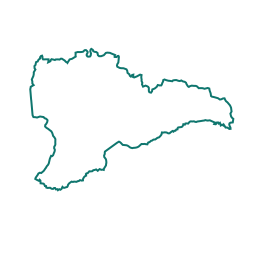 outline of Caldas Novas, Goiás, Brazil, rotated 279°
{"feature_id": "56859067B92379395223730", "entity_name": "Caldas Novas", "entity_type": "district", "adm_level": 2, "iso_a3": "BRA", "parent_name": "Brazil", "parent_adm1": "Goiás", "projection": "robinson", "projection_center": [-48.654, -17.771], "detail": "fine", "context": "isolated", "style": "outline", "palette": "teal", "viewbox_px": 256, "rotation_deg": 279, "n_neighbors": 0, "source": "geoboundaries", "source_scale": "gbopen_adm2", "svg_char_len": 4981}
<svg xmlns="http://www.w3.org/2000/svg" viewBox="0 0 256 256"><g transform="rotate(279 128 128)"><path d="M185.4,59.1L183.9,58.4L182.8,58.0L183.4,57.3L183.6,56.3L184.7,55.0L185.5,53.2L186.1,51.8L185.9,50.7L184.9,49.8L184.8,48.1L184.4,45.9L183.7,45.2L183.9,43.6L184.0,41.7L182.9,41.0L181.8,40.9L181.0,39.8L180.4,38.9L181.5,39.0L183.4,38.7L183.0,36.1L182.7,34.8L182.5,33.4L183.5,32.6L184.9,32.4L186.0,31.8L185.5,30.8L184.1,30.1L182.8,30.3L182.1,29.5L181.1,28.8L179.6,28.4L178.7,26.9L177.3,26.8L175.9,26.8L174.5,25.9L172.3,26.4L171.3,27.4L168.3,26.2L166.6,26.5L164.5,26.4L160.9,25.4L159.1,26.2L156.9,26.6L155.6,28.1L153.5,25.5L152.5,25.5L151.0,25.4L141.2,27.8L139.9,28.2L127.1,31.4L125.6,31.8L124.0,32.9L124.2,35.2L124.1,36.5L125.6,39.3L125.6,41.2L125.6,42.9L124.6,44.1L124.5,45.2L123.8,46.5L123.1,47.3L121.4,47.3L120.1,46.9L119.1,46.5L118.0,45.8L116.5,45.9L115.8,46.8L115.1,48.1L114.6,49.4L114.1,50.2L113.6,51.1L112.7,52.8L111.3,53.9L109.8,54.7L108.6,55.2L107.2,56.8L105.7,58.0L102.0,58.5L100.7,58.8L99.4,58.7L98.1,58.1L96.5,58.2L95.2,59.1L93.9,59.2L92.6,59.0L91.6,58.7L89.4,58.3L88.4,57.5L88.5,56.4L86.5,55.9L85.2,55.6L80.7,55.3L79.1,54.8L78.1,54.1L76.9,53.5L75.9,53.2L75.1,52.7L73.5,52.0L72.2,51.3L71.1,50.3L70.0,49.4L70.0,47.8L69.0,46.6L67.5,46.1L64.5,44.6L63.2,44.4L62.5,46.2L61.9,48.2L63.1,48.8L62.4,49.7L59.7,50.3L59.8,52.1L59.8,53.3L59.2,54.1L57.7,55.0L57.8,56.2L56.4,56.6L56.2,57.8L56.5,59.2L56.8,60.4L56.4,61.2L56.0,62.4L56.2,63.6L57.2,64.4L57.3,65.4L56.1,66.3L56.5,67.7L55.6,68.5L56.8,69.6L56.4,70.8L57.3,71.8L59.6,72.5L58.9,73.5L59.0,74.6L59.6,75.7L60.3,77.2L61.4,77.6L62.3,77.6L63.2,78.0L64.2,78.6L65.2,79.6L66.2,80.6L66.1,82.1L66.6,83.0L66.8,85.7L67.5,86.4L67.9,87.7L69.0,88.7L68.8,90.5L69.2,91.7L70.2,91.5L71.1,91.7L72.5,92.2L73.7,93.1L74.4,94.1L75.9,93.6L76.7,94.1L77.0,95.2L78.0,95.8L79.2,96.6L79.3,98.0L79.8,99.6L80.9,100.3L81.3,101.6L82.1,103.0L81.0,104.8L82.2,105.7L83.0,106.5L82.5,108.1L82.9,109.2L82.8,110.6L84.0,110.6L85.4,111.1L86.4,111.6L87.8,112.1L89.0,112.0L90.1,112.1L91.6,111.8L92.6,111.5L93.6,111.1L94.3,110.5L95.6,109.1L97.1,108.7L98.7,109.1L100.1,108.9L101.1,108.9L102.3,110.1L111.8,119.6L113.1,121.2L112.8,122.2L112.3,123.1L110.5,125.4L110.7,129.3L110.5,130.4L110.0,131.5L109.2,132.9L108.9,134.1L108.8,135.4L109.3,136.7L109.6,138.1L110.0,139.2L110.4,140.1L111.3,141.4L114.3,143.8L114.5,145.4L114.9,147.0L114.8,148.2L114.9,149.7L116.0,149.9L117.0,150.4L117.3,151.4L118.9,152.7L119.3,153.7L120.5,154.9L121.0,156.8L122.9,158.6L123.6,160.1L125.1,161.2L126.8,162.1L128.9,162.2L129.0,163.6L129.5,165.0L129.6,166.9L129.0,168.6L129.3,169.9L130.3,170.7L132.0,172.4L131.5,173.5L132.5,174.1L132.7,175.3L134.0,175.9L134.4,177.1L135.5,177.0L136.4,177.5L137.3,180.6L138.0,181.5L139.5,182.0L140.4,182.1L140.2,183.6L141.4,184.0L141.7,185.2L141.8,186.8L143.0,187.4L143.9,188.1L144.4,189.0L144.5,190.5L144.9,192.1L144.6,193.3L144.6,194.4L145.3,195.6L146.1,198.3L147.0,201.0L147.3,202.1L147.9,203.1L147.8,204.2L147.8,205.6L148.4,207.6L147.2,212.0L146.9,213.0L145.4,212.5L145.4,214.0L146.2,214.7L147.2,214.6L147.6,216.1L146.5,217.1L147.5,218.0L146.7,218.5L145.0,219.2L146.0,220.6L145.4,221.7L146.3,222.0L145.0,223.2L143.7,224.3L144.0,225.7L143.5,227.2L142.9,228.2L143.2,229.4L144.5,229.1L145.7,228.2L147.2,227.5L148.4,227.5L149.3,228.4L149.9,230.6L153.5,230.6L154.2,229.4L155.4,228.1L158.2,226.9L160.5,227.7L164.2,226.6L166.3,225.2L168.9,222.2L169.8,220.6L171.1,219.5L172.4,218.7L172.1,217.3L171.0,215.7L170.5,214.3L171.5,212.2L172.0,208.0L172.1,205.9L172.6,205.0L175.2,204.2L177.7,202.8L179.7,202.1L180.0,200.5L178.7,197.4L179.0,195.6L178.9,194.6L178.4,191.6L179.8,189.8L180.2,188.5L179.9,186.2L179.8,184.3L178.9,182.5L178.1,181.7L178.5,180.7L180.4,179.0L181.8,178.2L182.5,176.8L182.6,174.9L183.3,173.2L182.5,171.9L182.5,170.4L182.9,168.2L182.6,166.7L182.1,165.1L181.1,164.4L181.1,162.2L181.0,160.4L181.2,158.6L181.6,156.4L180.8,155.3L179.4,155.4L178.1,154.9L176.3,154.6L175.3,154.2L175.0,152.7L175.1,150.7L173.1,149.9L171.1,148.1L169.9,146.0L168.0,146.0L166.5,145.2L166.7,143.5L167.8,142.8L170.9,142.3L171.8,141.5L172.3,140.2L172.6,138.7L171.2,136.4L173.3,135.0L174.9,135.1L176.6,134.0L177.9,133.9L179.7,133.3L180.9,133.1L182.4,133.1L182.6,131.6L180.3,128.6L178.9,126.2L179.1,125.1L181.5,124.9L181.0,123.8L179.2,122.8L179.9,121.6L181.2,121.0L182.4,118.9L184.4,118.3L185.7,117.3L186.3,114.3L186.0,111.7L186.0,110.6L186.3,109.5L186.9,107.8L188.1,107.3L189.5,107.5L191.1,108.2L196.8,107.9L197.7,107.3L197.4,106.3L196.3,105.6L196.1,103.7L197.2,103.5L198.1,103.8L198.9,100.2L199.4,98.4L199.2,95.7L198.7,94.4L196.1,92.7L194.7,90.2L194.4,88.2L195.2,86.9L197.4,86.1L198.1,84.6L198.0,83.4L198.4,81.7L199.7,81.0L200.4,79.4L199.6,78.8L197.9,78.7L195.8,79.8L193.7,79.8L192.7,79.3L192.3,78.1L192.3,76.8L193.1,75.9L194.3,75.7L195.9,76.3L196.8,76.3L197.7,75.4L198.4,74.2L198.0,72.9L196.4,71.8L195.9,70.6L195.4,68.4L195.2,66.5L194.2,64.4L192.8,64.7L191.6,64.8L190.4,65.2L188.9,63.4L187.6,61.9L187.0,60.5L186.6,59.6L185.4,59.1Z" fill="none" stroke="#0f766e" stroke-width="2"/></g></svg>